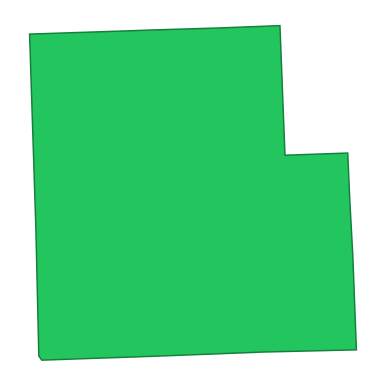 Wood, Wisconsin, United States of America, rotated 358°
{"feature_id": "52423323B58004100202337", "entity_name": "Wood", "entity_type": "district", "adm_level": 2, "iso_a3": "USA", "parent_name": "United States of America", "parent_adm1": "Wisconsin", "projection": "albers", "projection_center": [-90.031, 44.466], "detail": "fine", "context": "isolated", "style": "filled", "palette": "green", "viewbox_px": 384, "rotation_deg": 358, "n_neighbors": 0, "source": "geoboundaries", "source_scale": "gbopen_adm2", "svg_char_len": 352}
<svg xmlns="http://www.w3.org/2000/svg" viewBox="0 0 384 384"><g transform="rotate(358 192 192)"><path d="M35.2,28.5L34.7,223.3L33.2,350.6L36.0,354.8L160.1,354.8L255.5,354.4L350.8,355.5L350.5,261.5L349.4,204.7L349.0,158.5L286.2,158.5L285.7,28.8L222.4,29.0L161.1,28.7L129.0,28.7L35.2,28.5Z" fill="#22c55e" stroke="#15803d" stroke-width="1.5"/></g></svg>